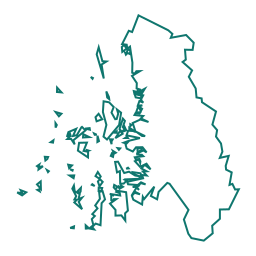 outline of Myeik, Tanintharyi, Myanmar
{"feature_id": "60261553B82376991609151", "entity_name": "Myeik", "entity_type": "district", "adm_level": 2, "iso_a3": "MMR", "parent_name": "Myanmar", "parent_adm1": "Tanintharyi", "projection": "mercator", "projection_center": [98.426, 12.423], "detail": "fine", "context": "isolated", "style": "outline", "palette": "teal", "viewbox_px": 256, "rotation_deg": 0, "n_neighbors": 0, "source": "geoboundaries", "source_scale": "gbopen_adm2", "svg_char_len": 5939}
<svg xmlns="http://www.w3.org/2000/svg" viewBox="0 0 256 256"><path d="M128.8,30.8L122.1,44.1L126.7,44.7L127.3,48.7L130.0,46.6L132.4,62.6L132.2,72.7L134.6,73.7L136.4,71.2L140.0,71.1L132.0,75.9L136.8,83.1L136.6,88.4L140.9,89.8L137.8,89.6L137.4,92.7L144.8,88.7L140.7,95.4L134.6,94.1L135.7,97.4L141.4,98.4L141.1,96.0L141.8,95.0L143.2,95.3L140.8,99.8L143.3,102.6L139.4,101.1L137.8,105.6L142.3,105.3L139.0,106.7L142.1,108.8L140.9,111.0L138.2,106.4L136.0,112.7L138.3,112.3L139.3,113.2L140.0,112.1L140.4,112.3L139.6,113.4L135.6,113.0L134.5,115.0L143.2,116.0L140.9,118.4L148.5,122.0L140.4,119.5L132.7,123.0L135.4,131.4L145.1,136.1L142.1,136.0L136.6,132.0L134.3,131.6L133.1,130.2L131.9,130.4L131.2,130.2L129.1,128.7L131.1,130.9L128.2,130.7L126.5,135.3L139.9,138.1L129.2,140.7L125.6,144.6L126.7,148.6L132.8,151.5L136.0,147.3L142.5,147.2L146.6,152.4L143.4,150.5L137.1,153.3L137.2,154.5L141.9,154.8L143.3,156.2L134.8,157.3L136.2,160.3L137.0,159.2L139.4,159.0L140.4,161.4L140.2,162.8L138.8,159.4L134.9,161.2L140.0,166.8L146.5,163.7L150.6,169.4L144.7,164.8L141.4,168.5L146.7,171.3L143.0,171.6L146.7,175.5L142.1,175.0L143.1,178.3L127.2,181.8L128.1,184.3L137.8,185.0L141.0,182.3L145.6,184.4L140.5,183.1L138.7,185.9L132.6,187.0L136.8,186.9L139.0,189.9L136.5,187.6L133.4,192.7L135.1,191.8L140.0,194.3L134.6,192.8L131.9,195.7L133.3,199.7L142.1,204.5L142.8,196.8L144.1,199.1L154.3,186.6L150.9,196.0L157.1,199.3L158.6,191.9L167.3,182.9L169.6,183.8L188.5,209.9L183.9,219.5L188.3,233.7L191.4,238.1L203.8,240.6L212.7,233.3L212.2,225.7L219.9,218.8L219.9,209.5L228.9,209.3L238.8,189.3L235.1,189.5L232.4,183.9L229.5,184.9L231.7,172.4L226.1,169.6L225.7,165.9L228.7,155.9L219.8,157.9L222.4,151.7L221.0,143.5L216.0,136.6L217.1,130.1L212.4,124.6L216.0,111.5L202.0,102.2L201.6,98.4L196.5,97.4L195.7,88.5L188.8,76.8L192.1,70.4L182.6,62.0L185.8,59.6L185.0,49.7L192.6,49.9L193.7,42.7L186.1,35.0L170.8,37.8L172.4,33.9L168.3,30.3L138.5,15.4L132.1,32.0L128.8,30.8ZM109.1,102.3L103.6,101.3L102.9,112.0L106.4,124.9L103.5,136.6L107.0,139.5L119.1,125.0L121.1,112.7L117.0,109.5L118.2,113.6L116.7,119.0L115.2,119.2L111.5,112.6L113.7,107.0L109.1,102.3ZM126.1,192.2L117.1,190.7L116.2,191.9L119.8,193.2L120.2,195.5L109.7,193.9L112.4,194.6L114.0,195.6L111.2,195.1L111.3,200.3L112.7,200.8L113.8,199.1L116.3,199.1L110.0,203.6L115.5,209.9L115.5,215.6L121.4,215.4L125.3,220.6L125.1,213.3L127.9,210.6L126.1,192.2ZM102.6,191.2L99.1,191.9L99.9,198.8L95.2,205.5L97.5,208.4L92.3,214.1L94.8,216.0L91.8,219.1L93.4,225.1L89.2,228.5L94.1,229.4L92.2,227.0L95.6,223.6L100.5,225.2L101.6,203.2L105.0,199.4L102.6,191.2ZM118.0,161.7L115.1,161.9L117.0,172.4L119.9,171.1L120.2,183.7L123.7,183.6L126.7,180.6L124.5,179.6L124.8,179.4L139.2,178.8L139.8,176.3L135.1,175.5L129.0,171.7L124.2,173.0L118.0,161.7ZM85.5,130.4L82.0,126.9L81.4,127.3L76.8,135.2L73.0,136.0L76.2,128.8L68.4,132.1L66.9,136.9L70.0,133.7L70.7,135.9L67.4,139.0L71.1,139.0L74.7,144.4L73.3,140.3L85.5,130.4ZM86.9,142.6L79.1,142.8L77.9,150.6L88.0,157.4L88.1,151.8L83.6,150.9L86.9,142.6ZM98.7,47.3L96.7,54.3L103.8,78.5L101.6,64.5L106.4,61.5L102.4,61.2L98.7,47.3ZM73.9,185.5L72.3,188.7L76.2,196.2L74.4,199.5L76.9,199.7L74.3,202.4L82.1,209.2L78.7,201.8L82.0,197.7L78.5,199.1L79.7,194.1L74.7,191.3L73.9,185.5ZM122.9,118.6L119.5,129.1L121.9,131.7L124.6,129.3L122.8,127.1L124.9,120.9L122.9,118.6ZM98.6,113.8L95.5,117.2L96.6,121.3L102.2,119.3L98.6,113.8ZM115.4,138.1L122.6,133.8L120.1,130.9L115.4,138.1ZM26.2,192.3L20.7,190.2L22.2,193.0L17.2,192.5L22.1,195.4L26.2,192.3ZM124.1,44.9L121.8,47.0L122.3,51.9L126.6,48.6L124.1,44.9ZM141.2,176.8L140.6,173.3L133.1,172.2L134.8,174.5L141.2,176.8ZM40.9,188.9L40.7,181.4L37.0,184.4L40.9,188.9ZM99.9,179.1L97.9,181.5L99.5,186.4L102.7,181.9L99.9,179.1ZM97.8,172.0L95.5,176.1L99.3,178.6L100.7,176.5L97.8,172.0ZM89.3,137.1L83.3,134.2L83.0,137.5L89.3,137.1ZM61.4,113.7L55.6,112.0L58.9,116.3L61.4,113.7ZM61.5,92.4L57.1,87.6L57.0,92.0L61.5,92.4ZM137.7,152.2L141.7,149.7L141.9,147.7L137.4,148.7L137.7,152.2ZM127.7,49.3L126.8,52.6L129.8,54.0L130.4,50.6L127.7,49.3ZM102.2,188.0L98.7,187.7L98.6,190.9L101.6,190.5L102.2,188.0ZM114.2,184.9L113.7,187.4L115.6,189.5L117.2,186.6L114.2,184.9ZM43.0,166.3L38.8,166.8L38.5,169.5L43.0,166.3ZM112.7,139.4L110.0,139.3L111.6,144.2L111.5,141.5L112.7,139.4ZM113.0,156.9L113.6,153.7L112.0,153.1L110.8,155.9L113.0,156.9ZM115.8,152.7L112.9,150.9L114.0,153.7L115.8,152.7ZM80.9,187.8L77.8,191.0L79.6,193.2L80.6,191.5L80.9,187.8ZM89.6,128.1L85.1,128.6L89.9,129.7L89.6,128.1ZM74.2,175.4L69.5,175.5L73.6,178.2L74.2,175.4ZM138.7,94.4L142.9,91.3L137.6,94.3L138.7,94.4ZM109.2,99.1L108.9,97.0L106.3,91.4L107.2,97.5L109.2,99.1ZM50.7,142.2L53.0,142.6L53.4,140.3L50.7,142.2ZM134.3,93.4L136.7,91.8L133.8,91.1L134.3,93.4ZM48.1,157.0L44.8,156.8L45.4,160.5L47.3,159.0L48.1,157.0ZM120.2,188.4L123.0,186.8L121.0,185.5L120.2,188.4ZM73.8,228.3L74.0,226.4L70.2,227.9L73.8,228.3ZM122.1,131.9L125.2,130.7L124.6,130.3L122.1,131.9ZM72.0,165.4L68.2,164.7L69.2,168.3L72.0,165.4ZM99.0,141.1L97.5,135.7L97.4,142.0L99.0,141.1ZM125.7,143.4L126.9,141.5L123.7,142.7L125.7,143.4ZM125.1,138.0L127.9,138.0L127.0,136.7L125.1,138.0ZM85.7,225.3L85.8,228.6L86.9,228.6L87.8,227.2L85.7,225.3ZM126.2,168.7L128.6,168.4L128.0,167.7L126.2,168.7ZM123.1,127.0L125.4,128.5L124.2,125.9L123.1,127.0ZM55.6,127.6L56.8,125.0L55.5,123.1L55.6,127.6ZM125.9,54.7L126.9,53.7L125.1,52.6L125.9,54.7ZM130.3,126.1L131.6,124.9L130.3,124.2L130.3,126.1ZM92.9,78.0L90.8,77.0L92.5,78.8L92.9,78.0ZM120.1,148.4L117.6,148.1L118.9,149.8L120.1,148.4ZM94.7,186.0L92.3,184.2L91.8,184.8L94.7,186.0ZM39.2,164.6L37.0,166.1L38.2,167.0L39.2,164.6ZM39.7,191.3L39.2,189.3L37.4,189.9L39.7,191.3ZM118.7,188.6L119.6,186.6L118.8,186.3L118.7,188.6ZM48.8,171.2L47.0,170.1L48.0,172.1L48.8,171.2ZM96.7,134.7L94.1,133.5L94.7,134.8L96.7,134.7ZM115.1,132.7L116.7,132.8L116.7,131.3L115.1,132.7ZM72.7,170.0L70.2,169.4L72.5,170.6L72.7,170.0ZM88.6,150.6L85.9,149.7L87.2,151.0L88.6,150.6ZM129.3,128.6L132.5,129.8L129.3,127.7L129.3,128.6Z" fill="none" stroke="#0f766e" stroke-width="2"/></svg>